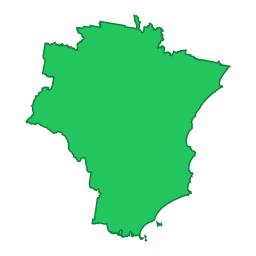 Mid-Coast, New South Wales, Australia
{"feature_id": "25037944B78442704405462", "entity_name": "Mid-Coast", "entity_type": "district", "adm_level": 2, "iso_a3": "AUS", "parent_name": "Australia", "parent_adm1": "New South Wales", "projection": "natural_earth1", "projection_center": [152.11, -32.076], "detail": "fine", "context": "isolated", "style": "filled", "palette": "green", "viewbox_px": 256, "rotation_deg": 0, "n_neighbors": 0, "source": "geoboundaries", "source_scale": "gbopen_adm2", "svg_char_len": 5665}
<svg xmlns="http://www.w3.org/2000/svg" viewBox="0 0 256 256"><path d="M92.2,223.5L94.9,223.8L97.3,223.0L98.2,223.5L98.3,222.7L104.8,224.1L106.6,223.8L108.4,230.7L110.6,232.6L111.1,231.7L111.6,231.7L111.4,232.5L111.9,233.3L113.4,233.6L114.7,232.9L114.7,233.4L116.3,233.4L117.2,232.5L118.0,233.6L117.6,234.2L117.9,234.8L119.1,235.3L119.6,234.4L119.2,231.8L120.7,230.0L121.8,230.0L122.0,230.7L121.6,231.6L121.9,231.9L121.3,232.6L121.7,233.5L120.1,234.7L121.0,235.8L122.4,235.6L122.3,236.3L121.4,236.5L123.2,237.0L124.8,236.7L125.6,236.0L127.2,236.3L128.4,235.4L129.4,235.5L129.3,233.9L130.3,232.3L130.2,231.6L130.5,231.4L131.3,232.9L132.8,233.7L131.3,234.6L131.4,235.7L131.9,236.2L131.6,236.3L133.1,236.4L133.9,234.9L135.7,235.8L137.9,235.0L139.2,235.9L140.6,239.0L142.5,239.1L143.1,238.1L140.6,237.9L139.9,236.3L140.0,232.9L141.2,229.6L143.9,226.0L146.3,223.9L151.0,221.5L151.9,221.8L152.1,220.9L154.1,220.2L156.7,213.9L161.5,208.2L165.6,204.9L173.5,200.2L182.3,196.4L187.5,194.8L188.2,195.3L188.4,193.9L191.1,193.3L190.7,191.5L189.6,191.7L189.1,190.9L188.7,191.2L188.1,190.6L187.7,187.1L188.6,183.5L189.3,182.2L190.2,182.0L190.1,180.7L189.7,180.4L190.3,177.7L191.2,176.5L191.8,176.5L191.4,175.5L192.8,173.9L192.0,172.7L191.2,173.2L190.6,172.9L189.6,171.2L189.8,170.8L188.7,169.9L188.8,166.8L189.2,164.3L190.7,160.6L192.8,157.1L195.0,155.3L194.8,154.0L195.6,152.8L194.1,151.3L191.6,150.3L191.4,149.2L190.8,149.0L190.6,147.0L187.4,146.2L186.6,145.1L186.2,140.3L187.2,135.3L189.2,131.2L191.8,128.7L192.3,127.6L191.7,126.3L192.4,124.8L191.4,122.7L192.3,119.5L194.3,116.7L195.5,116.2L195.0,115.2L197.0,111.5L199.4,108.7L201.2,105.1L205.1,100.3L213.1,92.7L214.6,92.4L216.6,90.3L221.0,87.1L222.4,86.9L222.1,85.9L220.8,86.5L219.7,85.2L219.3,83.0L219.8,80.6L221.0,77.8L223.8,73.4L228.7,67.1L229.8,66.5L229.7,66.2L221.4,64.9L219.7,65.5L221.0,64.2L219.2,62.7L218.9,61.3L217.6,62.8L212.5,61.9L212.2,61.4L211.7,61.9L204.1,60.1L201.1,59.8L200.2,59.9L200.1,60.4L199.2,60.3L199.3,59.6L196.6,59.2L196.7,58.7L195.2,58.5L195.3,57.9L193.7,57.6L193.8,56.7L190.6,56.0L190.8,55.0L185.7,54.2L185.4,53.4L185.9,50.0L184.1,50.6L182.5,50.3L181.7,50.9L180.3,50.6L179.7,51.8L178.2,51.4L177.5,51.9L177.4,52.6L176.6,52.8L173.8,51.5L173.7,53.0L172.2,53.8L172.0,55.5L169.7,54.9L170.2,53.3L168.8,53.1L168.9,52.5L168.3,52.3L166.7,52.2L165.4,52.9L164.1,52.6L163.7,52.2L164.6,47.8L163.2,47.6L163.4,46.3L161.5,45.9L161.2,47.5L159.8,47.3L158.1,48.2L157.6,47.8L158.3,47.5L158.1,46.9L158.9,45.5L158.9,43.7L159.8,43.5L160.7,42.2L160.5,41.4L161.6,40.4L162.8,40.5L163.6,39.2L162.4,38.8L162.7,38.1L162.0,37.8L162.6,37.3L162.6,35.9L161.2,35.4L162.6,34.7L161.0,32.7L161.7,31.7L163.0,31.0L162.5,30.7L162.6,30.0L161.0,30.0L161.5,28.4L159.5,27.8L157.2,27.9L155.9,29.9L154.8,29.0L153.7,29.9L153.3,29.3L153.7,28.7L152.6,26.9L152.2,26.9L152.2,25.4L151.4,24.2L149.8,23.3L149.4,23.8L149.7,24.1L149.2,25.3L148.4,26.4L147.8,26.1L147.3,27.2L144.4,26.9L144.2,28.1L143.9,28.1L144.3,28.9L143.3,30.8L143.8,31.5L142.7,32.7L141.6,32.4L140.5,30.4L138.7,29.0L139.3,27.1L139.4,23.9L140.2,22.4L140.1,21.8L138.9,21.5L138.4,20.7L138.5,17.9L136.5,15.9L135.2,16.0L134.2,15.4L135.2,21.9L135.9,22.5L136.1,24.0L136.9,25.6L136.6,28.6L125.3,26.9L125.0,25.7L100.1,21.5L99.8,22.3L100.5,22.7L99.6,23.4L100.0,23.4L99.9,24.1L100.4,24.5L99.8,25.7L101.0,26.9L100.5,27.4L90.2,25.5L89.9,27.2L84.1,26.5L82.2,28.3L78.1,27.6L78.0,28.3L76.9,28.1L77.4,29.2L77.0,29.9L77.9,31.1L77.7,31.9L78.5,32.9L81.8,34.1L82.0,36.1L82.7,37.1L83.8,37.6L84.1,38.7L81.2,40.8L81.1,42.1L80.1,41.7L77.4,43.7L77.2,45.4L77.7,47.8L77.3,47.9L77.0,49.4L77.5,50.2L75.0,49.8L74.0,48.4L73.1,48.1L72.7,48.5L71.1,47.0L70.7,47.6L69.4,46.9L69.1,47.5L67.8,47.4L67.5,46.7L68.0,46.0L66.6,44.9L65.5,45.7L63.0,45.7L63.2,44.8L62.3,43.8L61.5,44.6L60.7,44.4L61.2,45.3L60.1,45.2L59.5,46.1L58.2,44.6L56.1,44.8L56.0,43.9L54.9,43.2L54.9,42.6L52.4,44.2L51.3,43.8L50.2,45.1L49.0,44.5L48.5,43.5L47.6,43.4L47.5,44.1L45.4,43.2L45.3,42.7L43.6,54.0L43.2,54.9L43.5,58.2L45.2,60.1L42.7,73.5L44.4,74.0L44.7,73.7L45.2,74.6L46.1,74.6L45.8,74.9L48.0,76.7L48.4,76.3L50.1,77.2L51.1,76.4L52.2,76.9L52.4,76.3L53.8,77.1L53.2,81.8L52.6,82.4L52.9,83.0L52.5,85.6L52.1,86.9L51.4,87.2L51.4,88.7L49.4,89.9L47.6,89.6L48.5,88.8L48.4,87.7L47.8,87.3L47.2,87.9L45.4,87.0L42.5,88.3L42.0,89.1L42.5,90.6L42.1,91.1L40.6,92.4L39.3,92.4L38.4,93.6L38.8,94.5L38.1,95.4L35.7,96.2L35.7,98.0L33.8,100.8L33.0,104.6L31.7,105.9L32.8,107.7L32.5,109.8L33.7,113.8L32.0,115.5L32.0,116.2L31.2,116.5L31.3,117.5L28.8,118.4L26.2,121.8L26.6,122.5L27.6,122.0L29.2,123.0L30.1,122.9L31.2,124.1L32.3,123.6L33.7,123.7L35.2,124.5L37.4,123.3L38.7,123.5L41.2,125.5L42.6,125.8L43.4,126.7L46.9,127.6L48.3,129.4L50.3,130.3L51.2,131.6L54.0,133.3L56.1,132.8L57.9,131.6L61.8,132.4L62.5,133.2L62.1,134.5L64.9,135.6L67.7,140.7L67.8,142.0L68.7,143.3L68.5,144.2L69.0,145.8L68.5,147.2L68.7,149.0L69.6,150.6L72.0,152.4L72.6,154.0L73.8,155.0L73.6,156.7L74.9,157.0L75.4,157.9L76.7,158.1L76.9,159.5L78.2,161.5L79.9,161.3L80.8,159.5L80.8,158.7L83.6,157.7L85.1,158.3L86.3,165.4L87.1,167.4L86.9,170.1L88.1,171.8L91.1,172.4L89.4,183.8L90.1,187.4L91.4,188.1L93.3,187.6L93.9,188.0L93.8,188.7L94.4,189.7L96.4,190.3L97.0,189.5L98.7,188.9L99.2,192.9L100.9,193.0L101.1,194.1L99.1,195.6L99.6,196.5L98.8,198.0L97.9,197.7L97.3,198.7L94.5,219.4L93.0,219.1L92.2,223.5ZM160.4,224.2L158.5,223.2L158.0,223.5L157.1,222.4L157.3,224.2L158.2,224.4L158.2,225.4L158.0,225.7L158.0,225.8L158.5,225.3L159.0,226.1L158.5,224.4L159.3,225.0L160.1,224.7L160.4,224.2ZM145.1,236.0L145.4,237.6L146.0,236.6L145.1,236.0ZM160.8,224.5L161.2,225.4L161.5,225.5L161.5,224.6L161.1,224.7L161.1,224.1L160.8,224.5ZM146.1,239.8L145.6,240.5L146.4,240.6L146.1,239.8Z" fill="#22c55e" stroke="#15803d" stroke-width="1.5"/></svg>